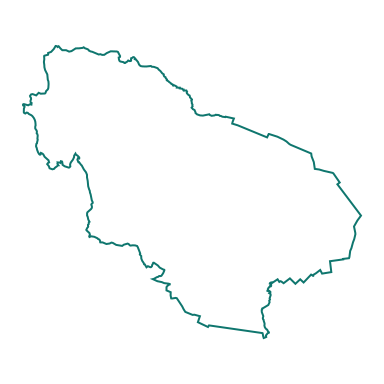 the district of Cernat, Covasna, Romania
{"feature_id": "2599482B32737313813791", "entity_name": "Cernat", "entity_type": "district", "adm_level": 2, "iso_a3": "ROU", "parent_name": "Romania", "parent_adm1": "Covasna", "projection": "albers", "projection_center": [25.982, 45.977], "detail": "fine", "context": "isolated", "style": "outline", "palette": "teal", "viewbox_px": 384, "rotation_deg": 0, "n_neighbors": 0, "source": "geoboundaries", "source_scale": "gbopen_adm2", "svg_char_len": 5783}
<svg xmlns="http://www.w3.org/2000/svg" viewBox="0 0 384 384"><path d="M69.3,167.5L70.3,166.5L70.1,164.6L70.4,163.5L70.8,162.5L72.9,159.7L74.0,157.3L74.2,155.6L75.5,153.6L76.0,154.7L77.4,155.5L79.2,157.4L79.3,158.2L79.2,158.5L77.9,158.3L77.4,159.7L78.4,162.2L78.7,162.4L79.1,162.2L81.0,164.8L81.7,165.4L83.9,169.5L86.0,172.3L87.0,174.8L87.0,177.3L87.7,180.9L88.2,186.3L89.2,189.6L89.7,190.6L90.0,192.7L90.6,194.3L91.8,200.3L92.7,202.2L92.7,202.9L91.5,204.1L91.3,204.7L91.9,206.2L91.9,207.6L91.6,208.3L91.0,209.1L87.5,212.2L87.1,213.1L87.1,215.7L87.6,216.4L88.3,219.6L89.5,221.8L88.8,222.3L88.7,224.1L88.0,224.8L88.0,225.8L88.2,226.3L88.0,227.0L87.2,228.0L86.3,229.9L86.8,230.6L89.4,233.0L89.9,234.7L89.2,236.3L89.5,237.0L91.2,236.3L94.3,236.8L97.5,238.3L97.8,238.8L99.4,239.6L100.1,240.9L100.1,242.0L100.3,242.4L102.6,242.4L106.4,244.0L109.7,243.5L111.4,242.6L112.8,242.9L116.2,244.9L122.2,245.9L123.8,244.7L127.6,243.6L128.6,244.0L129.8,245.3L130.6,245.6L132.5,245.3L135.1,245.4L137.1,246.0L137.8,247.2L139.9,252.6L140.2,253.5L139.8,254.2L139.9,254.6L141.2,256.0L141.3,258.5L142.2,260.8L143.7,263.0L144.0,264.1L144.3,264.4L144.8,264.4L146.5,267.3L147.9,266.2L150.3,267.2L151.1,267.1L151.9,266.3L152.3,264.6L153.0,263.7L153.2,262.8L153.8,262.7L157.9,265.5L159.7,267.6L163.0,269.4L164.3,269.8L164.4,270.1L164.0,271.3L163.1,273.3L161.4,275.8L160.6,276.1L159.2,276.0L158.2,276.8L156.8,277.2L154.0,278.8L152.8,279.1L157.4,281.2L161.8,282.1L164.1,283.1L168.7,283.7L170.5,284.3L169.4,284.5L167.6,285.7L166.5,287.1L166.5,290.4L170.7,292.2L170.6,295.4L171.2,298.4L172.1,298.5L175.7,297.9L176.8,298.2L182.2,306.4L183.6,309.2L185.3,311.9L192.6,314.9L194.4,314.7L199.9,316.2L197.9,322.2L208.0,327.0L209.0,325.4L262.5,333.1L262.8,334.0L263.1,336.0L263.7,338.0L266.2,337.0L265.9,335.5L267.6,333.3L268.9,332.7L268.9,332.3L268.0,331.4L267.1,329.6L266.6,329.4L265.6,328.4L264.8,327.1L264.4,325.5L264.6,323.9L264.4,322.9L263.7,320.8L263.6,319.8L263.1,319.3L262.8,318.1L263.3,316.1L261.8,312.1L261.7,310.0L262.2,309.6L262.1,308.7L262.3,308.4L263.3,308.0L268.3,305.0L269.6,302.2L269.2,300.7L270.0,299.5L269.6,298.4L270.7,295.0L270.4,293.9L269.4,293.3L269.8,293.0L269.8,292.6L270.2,292.7L270.4,292.2L270.3,291.7L269.2,290.9L268.7,290.8L268.5,291.3L267.4,290.8L267.9,289.8L267.9,289.0L268.3,288.7L268.5,287.8L269.5,286.8L270.9,286.3L271.1,285.9L270.4,285.4L271.0,284.6L270.4,283.8L269.8,283.6L269.9,283.2L270.6,282.6L272.0,282.3L272.2,282.9L277.6,279.3L279.3,281.9L280.4,281.2L281.3,281.5L283.6,283.2L289.9,278.4L295.4,283.8L300.2,279.3L303.6,282.5L311.1,274.6L313.1,275.9L313.3,275.8L313.4,274.8L315.9,273.3L320.2,270.0L322.1,273.6L331.3,272.1L330.0,261.2L343.2,259.4L343.1,258.9L349.0,258.2L349.4,257.1L350.2,250.9L351.4,248.2L353.0,242.3L354.2,239.2L355.4,234.2L355.3,232.8L354.0,226.5L357.4,220.5L361.0,215.6L337.4,184.3L339.7,182.5L333.4,173.4L332.7,172.9L323.9,170.9L319.2,169.5L314.8,168.9L313.8,162.1L311.6,156.4L311.2,153.5L290.6,144.8L289.3,144.0L286.5,141.5L283.5,139.6L277.4,136.7L269.0,134.0L268.7,134.0L268.4,134.6L267.1,137.4L237.7,125.3L232.2,123.6L232.6,121.9L233.9,118.5L225.6,116.7L225.3,117.1L222.3,116.7L221.0,116.0L219.9,115.9L219.3,115.3L217.9,114.9L216.7,115.0L215.9,114.7L214.5,115.4L211.6,115.8L209.7,114.9L209.3,114.3L202.9,115.6L200.1,115.4L197.1,114.4L195.5,113.0L195.5,112.3L194.5,110.0L192.8,109.1L192.5,108.6L191.6,107.7L192.6,106.3L192.3,105.2L192.5,104.6L191.8,103.3L191.8,102.2L191.3,100.5L191.4,100.2L192.0,99.8L192.0,99.5L190.0,97.4L189.8,96.0L189.5,95.4L188.6,95.1L186.9,93.3L186.7,92.4L187.1,91.8L186.4,90.5L183.8,90.6L183.7,89.7L183.1,89.8L182.4,88.8L179.7,88.4L179.8,87.7L176.8,87.6L176.9,87.1L176.6,86.5L174.5,85.4L173.7,85.1L173.3,85.6L173.0,85.5L172.8,84.7L172.5,84.3L171.5,84.1L170.7,83.1L169.1,82.0L168.6,81.4L166.8,80.3L167.0,79.5L165.8,78.3L165.6,77.3L164.2,76.4L163.7,75.3L163.8,74.4L162.2,73.3L160.4,71.0L158.7,69.6L157.6,68.2L154.0,66.9L151.7,66.7L150.9,66.0L146.2,66.5L142.6,66.4L140.8,66.1L139.6,65.3L139.4,64.7L139.0,64.4L138.0,62.0L136.2,59.8L134.9,59.2L135.3,58.6L133.8,57.1L133.0,57.2L132.4,57.8L131.1,58.3L131.2,59.0L131.0,59.5L131.1,60.6L130.8,61.0L129.6,61.1L128.2,60.5L127.3,61.6L126.1,62.2L125.4,62.9L124.4,63.0L123.7,62.2L120.3,61.5L119.6,61.0L119.0,59.7L118.7,57.5L119.9,57.0L120.1,56.1L117.9,51.9L116.8,51.5L110.7,51.3L106.7,53.1L104.3,54.8L102.2,54.9L100.4,54.2L98.7,54.5L92.3,51.8L90.5,51.4L88.8,50.5L88.5,49.8L87.6,49.2L84.8,48.2L83.7,47.3L82.6,47.9L79.2,48.3L75.7,48.4L71.5,51.1L69.1,51.6L66.1,50.2L62.3,50.2L60.5,48.5L58.7,46.3L58.4,46.2L57.6,47.0L56.6,46.1L55.6,46.0L53.8,49.0L51.1,51.9L48.1,53.0L48.2,54.3L48.1,54.7L44.4,55.7L44.1,56.1L44.3,59.1L43.9,62.0L44.3,65.0L44.4,67.2L45.1,70.0L47.3,74.4L47.8,79.8L48.4,81.3L48.6,84.0L48.4,87.2L48.3,88.1L47.8,89.4L46.1,91.1L45.5,92.9L44.9,93.5L40.7,93.7L38.7,92.8L36.2,95.4L32.6,94.1L31.1,94.4L30.0,95.9L30.2,96.7L30.9,97.7L31.0,98.2L31.1,99.0L30.5,100.8L30.5,101.9L31.0,102.7L31.6,103.0L31.4,104.6L29.9,104.3L28.2,105.3L23.9,104.1L23.3,104.2L23.0,104.7L23.1,105.4L24.3,106.2L24.6,106.8L23.9,108.6L23.8,112.1L23.9,112.6L24.5,113.2L25.4,113.5L26.5,112.6L27.7,112.8L28.9,114.0L31.3,115.2L32.3,116.0L33.7,117.8L34.7,119.7L35.3,121.7L35.5,123.6L35.6,125.5L35.3,126.2L35.2,128.2L35.7,129.3L36.6,130.5L36.9,131.6L36.7,133.4L37.4,134.2L37.7,135.6L37.4,138.9L37.7,139.3L37.6,140.3L37.1,142.2L37.0,143.2L36.4,143.8L36.1,145.6L36.1,146.6L36.7,147.9L37.1,149.8L38.1,152.4L39.2,154.2L40.0,154.7L40.6,154.4L40.7,153.4L40.9,152.9L42.4,153.6L43.3,154.4L44.6,156.8L48.5,160.3L49.1,162.4L48.2,162.8L47.2,164.1L48.8,166.1L49.6,168.3L52.4,169.3L54.2,168.8L54.8,167.9L57.6,165.8L57.9,165.2L58.3,165.2L57.4,163.8L57.7,162.8L57.6,162.4L59.8,162.6L60.4,162.9L60.9,161.2L62.0,161.5L62.2,161.9L62.5,163.8L62.5,164.7L62.8,165.0L64.7,166.3L68.7,167.6L69.3,167.5Z" fill="none" stroke="#0f766e" stroke-width="2"/></svg>